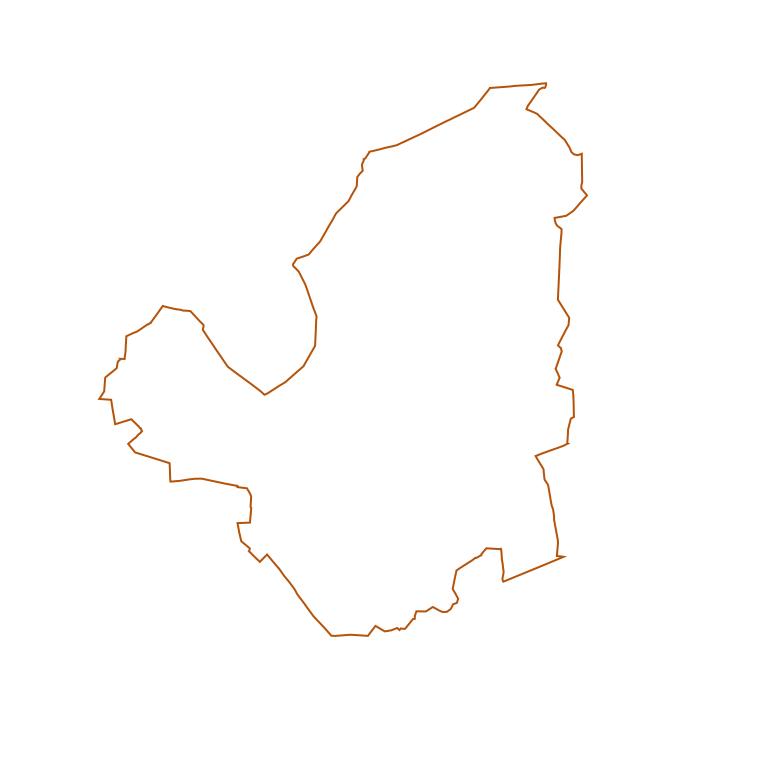 outline of Mārsnēnu pag., Priekulu, Latvia, rotated 338°
{"feature_id": "27541924B8577335378902", "entity_name": "Mārsnēnu pag.", "entity_type": "district", "adm_level": 2, "iso_a3": "LVA", "parent_name": "Latvia", "parent_adm1": "Priekulu", "projection": "albers", "projection_center": [25.58, 57.424], "detail": "fine", "context": "isolated", "style": "outline", "palette": "amber", "viewbox_px": 768, "rotation_deg": 338, "n_neighbors": 0, "source": "geoboundaries", "source_scale": "gbopen_adm2", "svg_char_len": 6082}
<svg xmlns="http://www.w3.org/2000/svg" viewBox="0 0 768 768"><g transform="rotate(338 384 384)"><path d="M449.4,167.9L449.4,168.2L449.1,168.9L448.7,169.4L446.6,171.5L446.2,171.8L445.8,172.3L445.4,173.3L444.4,177.3L444.3,178.0L444.1,178.3L440.1,180.1L436.7,182.1L435.6,184.6L432.7,190.6L423.6,197.7L422.8,198.5L421.3,199.8L419.6,201.1L418.9,201.5L416.8,202.3L405.3,207.1L403.5,207.9L402.2,208.9L397.6,212.7L391.7,217.2L389.7,218.8L386.0,221.8L381.6,225.2L379.6,226.8L378.9,227.3L378.7,227.5L377.6,228.2L372.2,230.8L366.2,233.8L362.9,235.7L358.1,235.6L353.8,235.3L352.6,235.3L350.3,235.1L349.5,235.4L345.6,238.2L345.1,238.4L344.6,238.8L344.2,239.5L344.1,240.5L344.3,241.3L344.9,242.5L347.1,248.0L348.3,262.1L348.2,265.3L347.0,286.6L346.9,293.6L346.8,296.1L344.7,300.1L342.9,304.2L341.1,308.2L335.1,321.3L334.7,322.3L334.4,322.8L334.0,323.1L316.8,336.7L316.7,336.9L316.5,337.0L316.3,337.2L315.1,337.7L312.1,338.7L295.2,344.6L293.9,345.2L285.2,346.6L280.2,347.6L272.2,349.1L269.1,349.2L266.9,344.5L264.7,340.8L260.0,332.9L258.8,331.0L257.0,328.1L250.5,317.6L245.6,309.4L241.9,292.5L241.3,289.9L239.7,282.2L238.2,275.4L236.4,266.4L236.4,266.0L236.5,265.5L237.0,264.8L238.6,262.5L238.7,261.5L238.4,260.7L238.1,260.0L236.8,257.1L234.2,250.2L231.8,243.9L231.7,243.9L229.1,242.4L225.1,240.6L223.4,239.1L221.8,238.2L220.8,237.7L217.6,235.7L211.9,231.7L208.5,229.1L208.1,228.8L207.9,229.0L207.5,229.2L202.3,232.5L198.6,234.9L191.1,239.5L189.9,239.9L190.0,240.0L187.7,240.4L187.4,240.1L174.6,242.9L170.6,242.8L163.0,243.2L159.8,250.0L159.1,251.4L156.6,256.9L153.4,262.6L152.9,263.6L149.2,262.0L149.3,262.2L145.6,263.6L142.0,269.2L139.0,270.2L133.3,271.9L128.4,273.4L128.1,273.6L127.5,274.4L122.1,285.4L121.9,285.9L121.4,286.3L119.3,287.8L114.4,291.2L123.4,295.6L124.9,296.3L125.1,296.4L124.2,300.3L123.1,304.9L119.7,320.6L136.5,322.0L140.7,331.5L141.3,333.8L141.6,334.0L142.0,334.2L142.0,335.0L141.8,335.5L141.8,336.5L142.0,337.1L141.7,337.3L139.1,338.4L138.3,338.5L135.9,339.6L135.6,339.7L134.7,340.3L133.0,340.9L131.5,341.2L124.4,343.7L126.7,351.2L127.6,354.2L141.2,365.3L155.5,377.1L155.2,378.1L152.7,385.2L149.9,392.8L149.5,394.5L151.4,395.2L152.5,395.5L153.9,395.9L158.7,397.4L168.1,399.6L173.4,401.1L173.6,401.2L179.4,403.4L199.9,417.2L209.6,423.4L210.0,423.6L209.5,424.7L217.9,429.4L218.8,436.3L218.6,438.8L214.4,447.6L214.2,448.0L214.5,449.1L213.7,450.7L207.8,462.3L196.1,458.1L194.4,466.2L194.3,466.6L192.8,476.0L192.8,476.4L198.0,486.2L196.8,488.0L196.6,488.2L196.1,488.4L196.2,488.7L196.7,489.7L198.5,494.0L200.5,498.6L201.5,500.6L201.8,501.5L202.2,502.4L211.7,498.3L216.0,511.6L217.6,516.2L219.5,524.4L219.7,525.0L221.8,531.6L223.2,536.8L224.1,540.3L224.9,546.8L228.1,558.6L228.4,560.2L231.6,572.9L237.5,588.0L240.9,597.7L244.0,599.1L244.4,599.3L258.9,603.9L268.8,608.6L274.7,611.5L285.5,605.1L290.3,611.4L292.1,613.7L298.4,615.1L304.5,615.2L304.9,615.2L306.2,617.9L308.0,617.0L311.4,618.8L312.4,618.6L322.7,612.8L324.5,613.3L325.8,610.5L328.9,606.9L337.6,610.6L345.3,609.1L345.8,609.1L350.6,615.0L352.8,617.3L353.0,617.3L354.2,617.8L356.9,618.8L357.0,618.8L361.6,617.6L365.6,614.1L369.5,614.3L370.0,613.7L371.0,612.5L371.5,611.9L372.2,611.1L372.3,610.9L371.6,604.4L370.9,600.0L371.0,599.6L378.3,588.5L378.9,587.6L379.0,587.6L381.3,584.1L384.3,583.4L384.5,583.3L386.3,583.0L391.5,582.0L399.2,580.6L401.2,580.1L403.6,579.4L404.2,579.9L406.9,579.5L410.3,579.1L410.4,578.8L410.6,578.2L417.4,574.7L429.1,580.3L429.7,580.6L430.6,580.5L430.6,581.4L430.4,582.1L430.1,583.3L429.7,584.6L429.2,586.0L428.9,586.9L428.6,587.8L428.4,588.5L428.2,589.1L428.0,589.6L427.8,590.3L427.7,590.7L427.5,591.1L427.4,591.8L427.2,592.5L427.1,593.2L426.9,594.0L426.8,594.5L426.2,596.9L425.5,599.2L424.9,601.8L424.3,603.5L423.5,604.9L421.2,608.3L420.6,609.6L420.6,612.0L436.2,611.9L456.3,611.8L468.8,611.7L485.7,611.5L483.7,610.3L479.8,608.2L480.5,606.9L481.9,604.2L485.8,596.6L486.9,593.1L487.0,592.3L490.9,573.3L491.6,571.8L492.5,569.1L493.8,563.5L493.9,561.8L493.9,559.8L494.8,555.2L495.2,553.5L496.8,546.2L497.9,541.1L498.3,539.1L498.3,538.8L497.1,533.0L497.1,532.7L497.2,532.4L497.3,531.9L499.2,525.2L499.7,523.8L499.8,523.4L499.9,523.0L499.9,522.6L499.9,522.2L498.0,510.8L497.7,508.3L497.6,507.6L499.2,507.6L500.2,507.6L502.9,507.6L514.4,508.0L520.0,508.3L527.2,508.5L531.8,508.1L532.3,508.1L532.0,507.7L531.8,507.4L534.5,502.0L537.7,495.1L541.0,490.5L544.3,486.1L547.8,485.7L548.7,483.1L552.7,472.6L555.2,465.7L556.8,460.2L549.5,454.1L544.1,449.7L543.8,449.4L547.3,445.9L549.2,444.0L549.0,437.7L548.8,434.2L549.0,434.1L561.0,420.4L561.5,416.9L560.6,415.3L559.8,413.3L560.1,413.0L573.1,401.8L573.9,401.2L577.2,398.5L580.5,391.9L578.1,378.5L576.8,370.8L577.3,369.9L577.5,369.5L578.5,367.4L579.3,365.5L580.5,363.0L584.1,355.1L585.6,351.9L587.3,348.1L587.9,347.0L588.5,345.4L590.3,341.7L591.6,338.7L595.4,330.3L598.0,324.4L599.9,320.6L605.3,310.1L606.7,306.8L606.5,306.5L604.6,303.4L604.5,303.2L603.7,301.8L603.7,301.3L603.4,299.3L603.6,297.3L603.7,296.3L604.4,293.9L607.6,294.6L616.0,296.3L624.4,294.4L630.6,291.3L634.6,289.2L642.9,285.2L640.2,276.8L641.3,273.9L643.4,271.0L653.6,244.6L653.3,244.6L650.9,244.5L649.9,244.4L649.1,244.3L645.9,242.0L645.6,241.1L644.6,238.9L644.6,234.2L644.4,233.2L644.1,231.7L643.1,225.7L642.8,224.8L641.7,222.7L641.5,222.3L636.1,210.3L634.9,207.9L632.8,203.5L632.0,201.5L630.7,198.5L628.5,193.9L627.7,191.9L627.0,190.7L625.3,188.8L619.0,182.6L621.3,180.2L632.8,172.7L637.8,169.3L639.7,168.9L640.8,168.8L641.3,168.7L642.4,168.8L642.9,169.0L643.6,169.6L644.1,169.6L644.9,169.1L645.3,168.7L645.6,168.2L646.6,166.8L646.9,165.9L643.2,164.7L634.0,162.3L628.5,160.5L621.2,158.0L616.8,156.6L613.1,155.6L593.0,149.2L592.7,149.6L582.3,155.5L580.0,156.8L577.0,158.4L571.2,161.6L570.9,161.7L564.5,162.1L563.2,162.2L553.1,162.9L552.9,162.9L551.7,163.0L550.4,163.0L544.3,163.5L540.2,163.7L528.3,164.6L525.6,164.8L521.2,165.2L514.5,165.7L511.2,166.0L504.9,166.3L487.4,167.2L486.4,167.4L485.4,167.3L484.8,167.3L478.7,166.4L476.5,165.9L476.1,165.9L472.0,165.3L468.4,164.9L464.3,164.3L457.4,163.2L457.1,163.7L451.2,167.8L449.4,167.9Z" fill="none" stroke="#b45309" stroke-width="2"/></g></svg>